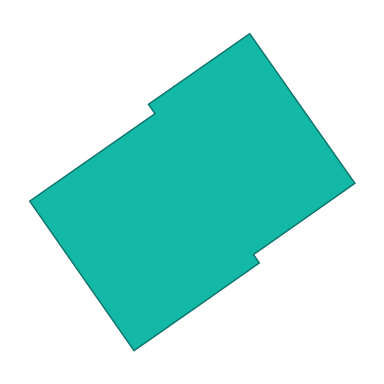 outline of Towner, North Dakota, United States of America, rotated 55°
{"feature_id": "52423323B68396918157782", "entity_name": "Towner", "entity_type": "district", "adm_level": 2, "iso_a3": "USA", "parent_name": "United States of America", "parent_adm1": "North Dakota", "projection": "robinson", "projection_center": [-99.23, 48.685], "detail": "fine", "context": "isolated", "style": "filled", "palette": "teal", "viewbox_px": 384, "rotation_deg": 55, "n_neighbors": 0, "source": "geoboundaries", "source_scale": "gbopen_adm2", "svg_char_len": 341}
<svg xmlns="http://www.w3.org/2000/svg" viewBox="0 0 384 384"><g transform="rotate(55 192 192)"><path d="M95.4,53.9L95.2,177.4L106.6,177.4L106.5,253.8L106.4,330.2L208.6,330.4L288.7,330.5L288.8,254.0L288.7,177.6L278.5,177.5L278.3,53.5L278.1,53.5L274.7,53.6L186.5,53.8L95.4,53.9Z" fill="#14b8a6" stroke="#0f766e" stroke-width="1.5"/></g></svg>